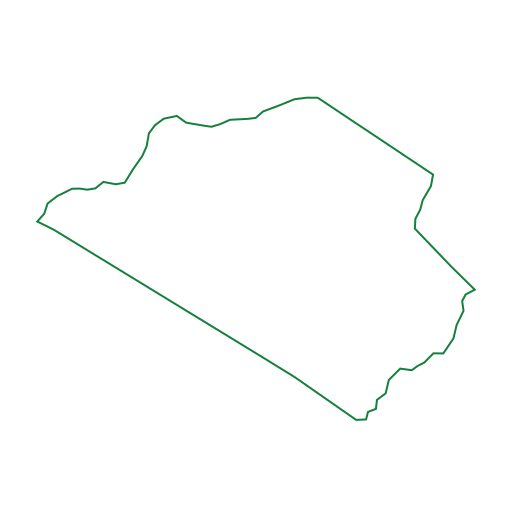 outline of Itaquitinga, Pernambuco, Brazil, rotated 182°
{"feature_id": "56859067B86839923199857", "entity_name": "Itaquitinga", "entity_type": "district", "adm_level": 2, "iso_a3": "BRA", "parent_name": "Brazil", "parent_adm1": "Pernambuco", "projection": "robinson", "projection_center": [-35.032, -7.681], "detail": "fine", "context": "isolated", "style": "outline", "palette": "green", "viewbox_px": 512, "rotation_deg": 182, "n_neighbors": 0, "source": "geoboundaries", "source_scale": "gbopen_adm2", "svg_char_len": 865}
<svg xmlns="http://www.w3.org/2000/svg" viewBox="0 0 512 512"><g transform="rotate(182 256 256)"><path d="M36.2,230.0L59.4,251.2L98.2,288.9L98.0,298.8L93.5,308.0L91.3,317.7L83.6,332.0L81.9,343.5L199.8,416.3L210.8,416.0L223.0,414.0L239.2,406.8L254.0,400.7L261.1,394.0L268.8,392.8L286.8,391.2L296.0,386.7L305.0,383.6L312.4,384.4L330.4,386.8L340.0,393.2L353.0,390.0L361.4,383.3L367.3,374.9L369.1,361.9L373.1,352.0L382.1,338.1L389.7,324.7L398.7,322.8L411.1,324.7L418.9,318.0L426.8,316.4L434.4,317.2L442.1,316.8L456.5,309.1L466.1,301.2L469.1,290.9L475.8,282.8L459.2,275.3L245.2,154.6L212.9,136.2L150.2,95.7L140.3,96.5L138.6,104.1L130.8,107.4L130.1,116.4L121.6,123.3L118.9,136.8L107.9,148.5L96.3,147.3L90.6,151.8L84.1,155.4L75.3,164.9L65.4,165.2L55.8,180.5L53.1,194.0L46.7,208.5L48.4,218.1L45.2,224.8L36.2,230.0Z" fill="none" stroke="#15803d" stroke-width="2"/></g></svg>